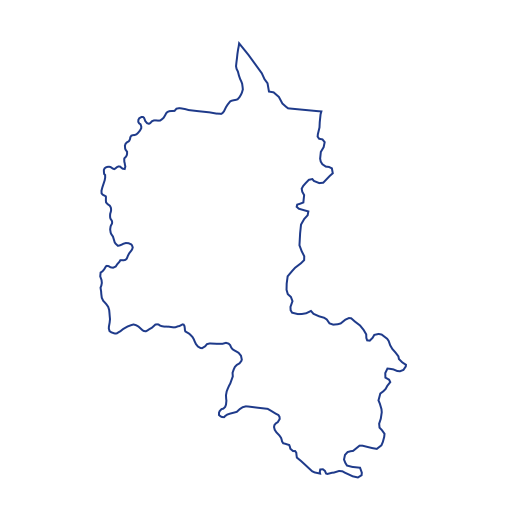 Pruzhany, Brest, Belarus, rotated 96°
{"feature_id": "67162791B13478011403583", "entity_name": "Pruzhany", "entity_type": "district", "adm_level": 2, "iso_a3": "BLR", "parent_name": "Belarus", "parent_adm1": "Brest", "projection": "mercator", "projection_center": [24.486, 52.68], "detail": "fine", "context": "isolated", "style": "outline", "palette": "blue", "viewbox_px": 512, "rotation_deg": 96, "n_neighbors": 0, "source": "geoboundaries", "source_scale": "gbopen_adm2", "svg_char_len": 6135}
<svg xmlns="http://www.w3.org/2000/svg" viewBox="0 0 512 512"><g transform="rotate(96 256 256)"><path d="M416.0,112.6L413.8,115.2L409.9,116.0L404.8,114.9L398.3,114.6L395.2,115.2L389.9,117.4L386.8,119.1L379.8,118.0L377.2,115.2L374.7,113.2L371.3,111.8L367.4,109.3L365.1,110.7L363.4,114.6L358.9,115.2L354.2,113.5L354.2,111.0L354.4,107.6L355.6,103.6L355.6,100.8L353.9,97.5L350.2,95.5L348.5,95.5L347.1,98.3L346.3,99.7L343.5,103.1L340.9,103.9L337.3,107.3L334.2,110.7L330.8,113.2L326.6,115.2L324.6,116.9L321.0,122.8L320.7,125.9L322.1,130.1L325.2,131.5L328.3,134.0L328.3,136.6L326.0,137.7L322.4,138.2L318.2,141.3L314.2,145.3L310.8,150.9L308.0,154.8L308.0,157.1L310.0,160.5L314.2,164.7L315.3,167.5L316.2,172.0L315.3,175.9L311.7,179.0L310.3,181.8L309.4,186.9L307.5,192.8L304.9,195.6L307.7,200.1L308.9,204.4L309.4,208.3L308.6,214.2L306.3,215.9L303.0,216.4L297.1,215.0L293.1,217.0L290.6,220.4L286.4,222.1L280.2,222.6L272.9,222.4L267.0,218.4L263.6,215.9L258.5,210.5L255.1,207.7L251.2,208.0L246.4,211.1L240.8,213.9L228.7,214.5L220.0,214.5L214.1,211.9L210.1,208.9L206.2,208.6L205.6,212.2L204.8,216.7L204.5,218.4L202.8,220.7L200.6,220.4L199.4,217.6L197.8,214.5L190.4,214.5L187.3,216.7L184.3,217.6L181.4,216.4L178.3,214.2L174.7,211.4L173.6,208.0L175.3,206.3L176.9,200.7L176.1,196.8L168.5,190.9L165.7,188.3L160.9,189.7L159.8,192.8L159.8,195.9L157.8,199.6L155.3,201.5L152.5,202.4L145.7,202.4L140.7,200.1L135.6,199.6L133.1,202.1L132.8,205.5L130.8,207.2L128.3,207.2L121.5,206.3L116.2,206.6L108.3,206.6L105.4,206.1L105.5,210.0L105.8,239.5L104.4,241.8L101.6,245.7L95.4,249.9L91.4,255.6L91.1,260.3L83.0,262.6L79.3,266.0L73.7,269.3L56.8,284.5L46.3,295.0L49.2,295.1L52.4,295.4L57.1,295.6L61.0,295.6L65.4,295.7L69.3,295.7L71.9,294.9L74.4,293.3L78.4,291.8L81.6,290.3L83.9,288.9L86.1,287.8L89.3,287.0L91.7,286.5L95.0,287.1L97.1,287.8L99.7,289.0L102.1,290.7L102.8,292.3L103.4,294.4L104.1,296.4L104.9,297.8L108.3,300.0L111.1,301.4L115.5,303.0L117.4,304.3L118.3,305.5L118.3,307.4L118.5,310.3L118.0,317.1L118.0,329.2L117.9,338.2L117.3,341.8L117.0,346.0L117.0,347.8L117.8,350.5L120.2,352.2L120.6,354.9L121.0,357.2L122.0,359.1L123.3,360.2L125.1,360.9L127.1,361.8L128.3,362.4L130.0,364.0L131.3,365.5L131.6,367.4L131.6,369.6L131.8,371.6L132.8,373.5L135.0,375.2L135.7,376.3L135.3,378.2L133.4,380.2L131.8,381.0L130.3,381.8L129.6,382.8L129.7,384.4L131.2,386.5L132.9,387.2L134.9,387.1L136.3,386.1L137.1,384.6L138.2,384.1L139.4,383.6L141.0,383.5L143.5,384.6L145.9,386.2L147.5,387.6L148.4,389.4L148.6,390.7L149.3,392.5L151.0,393.4L152.8,393.5L154.6,394.1L155.5,394.8L156.2,396.0L157.9,397.4L159.9,397.9L162.7,397.4L163.8,396.9L164.6,396.2L165.8,395.1L168.0,394.9L169.4,395.1L170.6,395.6L171.5,396.2L172.2,396.9L173.2,397.2L176.1,396.8L177.3,396.3L178.9,395.9L180.7,395.3L183.2,395.7L183.1,397.8L182.3,399.1L181.3,400.5L181.3,402.1L182.1,403.5L183.7,405.1L184.4,406.1L184.0,407.6L182.7,410.0L182.6,411.5L182.9,413.1L183.4,414.3L184.6,415.7L186.3,416.3L188.5,416.0L190.3,415.6L191.2,414.5L193.7,414.2L196.5,414.4L199.8,415.1L203.9,416.0L207.3,416.5L209.9,416.1L211.1,414.8L211.9,412.7L212.4,411.6L213.1,411.4L216.5,411.1L218.4,410.7L219.5,409.5L220.3,408.4L221.2,406.7L222.9,405.5L224.2,405.1L225.6,404.9L227.1,405.0L229.1,405.4L230.4,405.4L231.6,405.3L233.2,405.0L234.3,404.5L235.3,403.6L236.3,402.9L237.5,402.6L238.8,402.6L240.7,403.4L241.8,403.7L244.0,403.8L244.9,403.8L247.9,403.0L249.1,402.4L250.1,401.6L251.6,400.3L254.9,398.9L257.3,397.9L258.5,396.8L260.3,394.4L259.7,392.6L258.7,390.7L257.7,389.2L256.7,386.8L256.6,384.1L257.5,381.3L258.3,380.5L260.3,379.5L262.0,379.8L263.4,380.4L266.6,382.4L269.1,383.4L270.9,383.9L272.2,384.3L273.5,385.5L274.1,387.3L274.2,389.2L274.4,390.5L276.0,391.2L278.6,393.1L281.1,394.4L282.6,396.9L282.5,399.1L282.2,400.1L281.7,401.0L281.4,402.1L281.5,403.7L282.5,404.4L285.1,405.6L287.3,407.1L288.7,408.8L292.5,408.8L293.6,408.3L296.1,407.1L298.9,406.5L301.4,406.7L303.8,407.3L307.6,406.3L309.9,405.9L313.7,405.0L316.6,403.2L317.6,402.0L319.5,399.9L322.0,397.7L325.0,396.4L327.9,395.8L331.1,395.2L334.1,394.6L337.6,394.6L341.5,394.9L343.5,394.8L346.0,393.8L347.0,392.0L347.6,389.5L347.8,388.7L347.8,387.5L347.5,386.3L346.1,384.6L345.0,383.0L342.6,380.6L341.2,378.7L339.5,376.3L337.8,372.9L336.9,370.7L337.3,368.3L338.0,366.5L338.6,365.3L341.7,361.1L342.3,359.8L342.4,357.7L341.5,356.3L339.9,354.4L338.2,352.0L336.4,350.4L334.7,348.9L334.3,347.2L334.3,345.8L335.2,344.2L335.6,342.6L335.8,339.9L335.4,335.5L335.6,330.6L335.3,328.7L334.1,326.3L333.7,324.9L331.7,321.9L331.8,320.8L333.2,319.8L335.6,319.2L336.9,319.0L338.4,318.4L339.4,316.2L340.0,314.8L340.7,313.7L341.9,312.2L343.3,310.6L345.4,309.1L347.3,308.1L349.9,306.5L352.1,304.3L353.3,301.6L353.3,300.0L351.1,297.1L348.8,295.6L347.8,292.9L347.4,285.4L346.8,280.1L345.5,276.8L346.0,274.1L347.3,272.4L349.1,271.4L350.4,270.4L351.4,269.2L352.3,267.3L353.0,265.6L354.1,263.2L356.8,260.5L360.5,259.3L361.9,259.6L364.5,261.2L366.3,263.7L368.5,265.4L371.1,266.3L374.6,267.1L378.2,266.5L381.9,267.4L385.6,268.3L387.7,269.2L390.8,270.2L393.7,271.0L397.6,271.3L400.8,270.8L403.1,270.3L406.9,270.3L409.3,270.9L411.2,272.5L411.9,274.3L414.0,275.9L415.6,276.4L418.0,276.2L418.9,274.9L419.6,273.5L419.7,271.8L419.6,270.8L418.4,270.0L416.7,268.0L415.5,265.4L414.0,261.4L413.0,258.8L410.0,256.2L407.8,253.5L406.6,250.4L406.5,248.0L406.7,238.8L406.8,228.4L408.4,224.8L410.7,220.0L411.8,217.1L413.5,215.8L415.6,215.4L419.0,217.0L420.4,218.8L422.2,220.0L424.2,220.2L426.9,219.2L429.2,217.3L432.0,214.0L434.2,212.1L435.7,211.4L437.7,210.7L439.4,209.4L439.7,207.2L440.1,205.4L440.5,203.2L442.3,202.3L444.1,201.7L446.1,198.8L445.9,196.7L447.4,195.4L449.8,194.9L452.2,194.3L455.1,189.9L458.2,185.7L464.2,177.7L465.1,175.1L465.7,169.5L464.1,170.0L461.6,169.8L461.1,167.2L462.5,165.0L465.0,163.6L465.3,162.2L463.6,157.7L463.3,156.0L461.1,150.9L461.1,147.5L462.2,145.0L463.6,140.8L465.0,136.8L465.6,131.5L463.0,128.1L460.5,128.1L455.7,130.4L455.7,138.2L454.9,143.6L452.3,145.6L449.2,147.2L444.5,146.7L441.4,144.4L440.2,141.3L439.7,139.1L433.8,133.2L433.5,130.4L434.3,124.7L434.9,120.2L435.2,115.7L431.2,111.5L427.6,110.4L422.5,109.6L419.4,109.6L416.0,112.6Z" fill="none" stroke="#1e3a8a" stroke-width="2"/></g></svg>